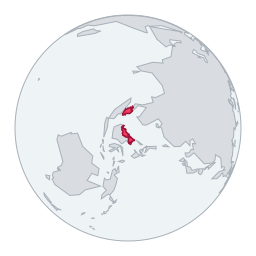 globe centered on Malaysia, rotated 90°
{"feature_id": "MYS", "entity_name": "Malaysia", "entity_type": "country or territory", "adm_level": 0, "iso_a3": "MYS", "parent_name": "Asia", "parent_adm1": "", "projection": "orthographic", "projection_center": [110.864, 4.107], "detail": "fine", "context": "on_globe", "style": "filled", "palette": "rose", "viewbox_px": 256, "rotation_deg": 90, "n_neighbors": 0, "source": "natural_earth", "source_scale": "50m", "svg_char_len": 11737}
<svg xmlns="http://www.w3.org/2000/svg" viewBox="0 0 256 256"><g transform="rotate(90 128 128)"><circle cx="128" cy="128" r="113" fill="#eef3f6" stroke="#a8b0b8"/><path d="M229.1,161.9L229.0,162.7L228.9,162.8L229.1,161.9ZM182.8,29.6L191.0,34.8L193.2,37.1L188.4,33.1L186.1,31.6L186.5,32.2L184.2,30.9L183.1,30.6L180.4,29.2L177.8,27.3L176.0,26.4L176.3,27.0L173.8,26.1L173.6,25.4L169.2,24.0L164.0,21.4L164.7,21.5L173.9,25.2L182.8,29.6ZM232.5,86.2L232.4,85.9L232.3,85.6L232.5,86.2ZM188.2,32.8L189.2,33.4L188.4,32.9L188.0,32.7L188.2,32.8ZM183.5,30.9L184.3,31.4L183.4,31.1L183.5,30.9ZM178.3,28.6L176.6,28.0L177.9,28.2L178.3,28.6ZM175.2,27.4L171.0,26.4L172.5,27.4L165.8,24.2L171.6,25.9L173.0,26.0L173.5,26.6L175.2,27.4ZM162.7,22.7L161.3,22.3L162.3,22.4L162.7,22.7ZM31.1,70.6L30.8,71.2L33.4,67.1L32.3,71.3L33.9,71.7L40.8,62.6L38.3,61.7L41.4,57.2L46.3,54.1L49.1,55.6L50.4,54.0L51.7,49.8L55.4,47.2L52.5,48.2L51.4,49.9L49.5,50.7L50.4,49.2L51.7,48.3L51.7,47.3L45.6,52.7L43.9,55.1L42.1,55.6L39.0,59.7L37.4,61.5L42.1,55.2L43.9,53.1L46.4,50.3L54.2,42.9L62.6,36.3L62.5,36.5L63.7,35.8L67.3,33.4L66.8,34.0L70.4,31.7L72.3,31.3L72.9,30.0L77.2,27.8L80.7,26.4L82.3,25.5L76.5,27.9L74.1,29.2L71.9,30.5L65.4,34.4L65.1,34.6L74.0,29.1L83.3,24.6L89.2,22.5L92.0,22.0L87.5,25.3L84.3,26.4L84.4,25.5L80.3,28.1L82.6,27.0L82.1,27.7L86.1,26.2L86.0,26.6L90.0,24.5L90.3,24.9L87.7,26.2L93.9,24.8L95.6,25.5L97.1,25.0L98.1,24.3L99.7,26.0L100.7,25.6L100.6,24.8L102.5,23.6L106.5,22.3L106.8,23.0L105.4,23.5L102.9,25.9L99.2,27.6L99.7,27.8L103.1,26.5L106.1,23.5L108.4,22.6L107.4,23.8L107.9,23.3L109.2,23.0L110.7,23.5L112.0,22.2L125.3,19.9L129.6,21.0L127.2,22.1L136.8,22.4L140.9,24.4L140.8,23.6L145.3,23.7L144.1,23.0L144.4,22.7L155.5,23.6L158.3,24.6L163.0,24.9L162.9,24.5L161.1,23.7L165.8,24.2L172.5,27.4L172.3,27.9L176.7,29.9L175.6,30.9L176.7,32.9L173.0,33.3L174.2,35.1L175.8,35.8L178.6,39.0L178.9,44.2L171.7,37.1L169.8,30.5L170.0,32.8L167.9,31.5L166.7,32.0L166.9,33.9L168.3,34.5L158.1,35.2L154.7,40.5L160.0,41.0L163.0,43.4L163.8,51.7L152.8,62.1L156.8,66.8L156.8,69.7L153.0,71.0L152.8,66.8L149.2,64.8L149.7,62.5L143.5,63.6L143.9,60.4L138.9,63.2L140.5,66.0L145.8,66.0L141.3,70.2L146.4,75.7L146.6,81.8L137.1,91.9L127.9,94.5L127.2,96.5L123.7,93.9L118.8,97.6L125.1,109.8L124.8,113.2L116.9,119.1L116.8,116.6L107.5,109.7L105.6,117.8L112.6,125.1L115.0,133.5L109.5,130.5L107.1,123.2L103.8,120.6L104.9,113.4L102.5,102.8L96.9,104.4L97.5,100.2L93.4,91.5L85.6,93.7L73.0,103.9L70.9,114.6L66.7,119.1L62.3,103.2L63.1,93.0L59.8,93.7L56.7,85.0L46.5,83.5L46.5,80.9L44.3,81.9L42.3,79.1L43.0,75.0L41.1,75.1L39.7,86.1L41.9,86.1L45.9,82.2L44.9,86.2L46.9,90.0L39.2,99.1L26.5,106.4L27.9,98.4L31.5,76.8L32.8,74.6L32.9,74.4L33.1,73.9L30.8,77.5L32.3,73.5L27.6,88.0L25.7,94.3L26.3,106.9L25.6,108.1L26.6,110.8L32.8,108.6L32.3,111.2L27.8,123.4L21.4,139.7L23.8,151.6L25.8,161.7L25.1,167.9L28.5,175.8L28.6,178.2L30.8,182.7L32.8,187.2L34.9,191.3L34.8,191.2L30.5,184.5L26.8,177.5L23.6,170.2L20.8,162.7L18.7,155.1L17.0,147.3L15.9,139.4L15.4,131.4L15.5,123.5L16.1,115.5L17.2,107.7L18.9,99.9L21.2,92.3L24.0,84.8L27.3,77.6L31.1,70.6ZM43.2,53.9L42.0,55.3L42.3,54.9L43.2,53.9ZM49.4,62.5L52.8,63.6L55.8,57.7L57.4,57.8L57.8,55.9L56.0,57.3L57.8,52.4L60.9,51.2L62.8,49.0L61.8,48.5L55.8,51.6L53.2,58.4L50.5,60.5L49.4,62.5ZM102.4,18.5L103.6,18.1L104.2,18.0L108.1,17.2L108.6,17.2L106.4,17.7L102.4,18.5ZM39.1,64.0L37.3,65.6L37.7,64.7L38.2,64.3L39.1,64.0ZM36.6,62.8L36.1,64.2L36.1,63.4L36.6,62.8ZM103.5,18.4L105.1,18.0L104.4,18.3L103.5,18.4ZM109.1,17.3L108.7,17.5L109.1,17.2L109.1,17.3ZM78.2,216.3L80.6,217.7L79.2,217.6L78.2,216.3ZM33.5,161.4L36.4,178.6L34.1,178.3L31.5,173.0L28.9,162.5L30.7,159.8L31.0,155.2L33.5,161.4ZM143.7,154.5L147.1,155.3L147.0,155.8L143.7,154.5ZM140.1,152.5L144.0,152.9L139.4,153.6L140.1,152.5ZM145.5,153.1L149.5,152.4L151.3,151.6L150.9,152.7L145.5,153.1ZM137.4,152.3L123.0,151.2L117.3,149.4L118.6,147.5L127.8,148.7L137.4,152.3ZM118.1,147.4L109.5,141.4L97.9,125.0L102.0,125.5L114.2,135.8L113.4,137.4L118.7,142.0L118.1,147.4ZM139.2,138.9L138.3,143.9L130.4,142.9L126.7,141.8L124.2,135.2L125.6,132.1L128.6,132.4L140.2,122.4L144.2,125.4L140.6,129.7L143.9,134.2L139.2,138.9ZM71.3,115.7L73.4,122.3L71.1,123.2L71.3,115.7ZM145.0,115.3L140.2,119.6L144.6,113.7L145.0,115.3ZM147.6,109.6L147.9,112.0L146.0,109.6L147.6,109.6ZM127.0,99.7L123.9,100.0L123.9,98.3L127.9,97.0L127.0,99.7ZM146.8,87.2L146.6,91.8L145.9,93.3L144.6,90.4L146.8,87.2ZM109.8,20.3L103.9,21.2L99.9,22.3L98.2,23.5L98.1,22.4L104.2,20.6L109.8,20.3ZM123.3,19.8L124.8,19.1L125.9,19.4L125.7,19.6L123.3,19.8ZM123.0,19.3L121.6,18.5L123.6,18.1L124.3,18.8L123.0,19.3ZM112.3,17.8L110.5,18.0L111.2,17.7L112.3,17.8ZM202.6,204.6L203.1,205.5L199.9,208.5L195.7,211.5L192.5,212.3L202.6,204.6ZM175.0,210.2L175.6,206.3L179.8,206.4L177.5,209.6L175.0,210.2ZM205.4,202.3L208.3,199.0L210.1,194.7L209.0,198.7L210.4,199.1L203.8,205.3L205.4,202.3ZM161.6,193.1L139.5,199.1L134.8,197.8L136.2,194.7L132.4,184.7L133.9,185.0L133.2,178.4L146.4,173.3L155.9,163.2L163.0,164.4L168.5,157.0L175.7,158.2L173.4,164.2L180.6,168.9L186.1,155.5L189.9,170.7L194.7,176.5L195.4,186.2L184.5,201.2L178.8,203.9L177.9,202.3L175.5,203.7L172.1,202.7L170.7,197.4L168.3,198.8L170.9,195.1L167.2,198.3L165.7,194.8L161.6,193.1ZM212.7,171.2L213.5,171.7L214.7,174.5L213.3,173.8L212.7,171.2ZM226.8,164.6L227.0,165.9L226.2,166.1L226.8,164.6ZM228.9,162.8L227.9,163.1L229.1,161.9L228.9,162.8ZM218.2,163.1L218.6,164.1L218.2,164.3L218.2,163.1ZM217.8,162.7L218.5,161.3L218.3,162.8L217.8,162.7ZM213.8,154.1L214.4,153.4L214.6,154.0L213.8,154.1ZM152.2,155.7L157.0,152.2L159.6,152.1L152.2,155.7ZM213.0,152.4L211.5,152.1L211.7,151.3L213.0,152.4ZM213.1,150.5L213.0,149.4L213.9,152.1L213.1,150.5ZM210.4,147.7L212.1,149.9L210.1,147.9L210.4,147.7ZM209.3,147.9L208.0,146.8L208.1,146.5L209.3,147.9ZM193.9,147.6L198.9,154.7L194.8,154.1L190.2,149.6L186.5,153.0L178.2,151.6L180.1,149.4L179.0,145.7L170.3,143.5L168.5,141.0L171.7,139.8L165.9,137.4L172.2,136.9L174.8,141.9L178.4,138.6L184.5,140.1L190.4,142.3L195.1,146.3L193.9,147.6ZM172.2,147.4L173.3,147.5L172.3,148.8L172.2,147.4ZM205.4,143.9L207.3,146.4L207.1,147.0L206.2,146.5L205.4,143.9ZM196.2,145.6L201.2,142.3L202.4,142.5L199.0,146.6L196.2,145.6ZM200.0,139.6L202.3,140.4L203.5,142.8L203.1,143.3L200.0,139.6ZM159.3,141.9L159.0,143.2L157.3,142.0L159.3,141.9ZM161.4,141.3L166.4,143.1L160.9,142.3L161.4,141.3ZM146.2,135.5L147.7,138.7L152.3,137.1L148.8,139.7L151.9,145.0L150.9,146.9L147.7,141.1L146.6,146.7L144.6,146.5L143.5,141.5L145.5,135.7L147.6,133.4L156.0,133.0L146.2,135.5ZM161.4,137.5L160.1,133.7L161.0,131.4L162.5,133.5L161.4,137.5ZM156.1,124.8L152.6,120.5L149.4,121.8L155.9,116.6L158.2,121.6L156.1,124.8ZM153.2,115.7L150.2,116.8L153.3,113.8L153.2,115.7ZM149.4,115.4L149.1,112.6L151.4,113.2L149.4,115.4ZM154.7,115.9L155.3,111.2L156.5,114.1L154.7,115.9ZM148.1,106.3L153.1,111.3L146.5,108.8L146.3,99.9L149.1,99.9L148.1,106.3ZM163.7,73.6L163.0,71.3L165.6,71.0L165.3,72.7L163.7,73.6ZM173.2,69.1L166.0,70.3L160.2,71.6L162.0,72.9L160.7,76.6L157.9,72.7L162.0,69.0L166.5,68.7L167.1,65.7L170.3,64.1L169.5,60.3L170.9,58.9L173.0,62.4L173.2,69.1ZM169.0,58.7L168.7,52.6L173.5,54.2L174.7,55.8L172.8,57.9L170.3,56.9L169.0,58.7ZM170.1,51.7L167.8,50.8L162.5,42.1L162.6,40.7L169.1,47.6L167.3,47.3L167.7,49.3L170.1,51.7ZM161.8,22.7L161.4,22.4L162.6,22.8L161.8,22.7ZM143.6,22.4L144.2,22.0L145.6,22.4L143.6,22.4ZM146.6,21.3L144.6,21.1L146.6,21.0L146.6,21.3ZM140.3,20.8L143.8,20.9L140.6,21.2L140.3,20.8Z" fill="#d9dde1" stroke="#a8b0b8" stroke-width="1"/><path d="M141.1,127.8L140.9,127.8L140.5,127.6L140.2,127.5L139.7,127.5L139.4,127.5L139.2,127.5L139.1,127.4L138.9,127.6L138.7,127.5L138.3,127.5L138.1,127.6L137.9,127.5L137.7,127.5L137.4,127.8L137.3,128.0L137.2,128.3L137.2,128.7L137.2,128.9L137.2,129.2L137.2,129.3L137.1,129.5L137.1,129.8L137.0,130.1L136.9,130.1L136.7,130.2L136.3,130.4L136.3,130.5L136.3,130.9L136.5,131.0L136.4,131.1L136.1,131.4L135.8,131.6L135.7,131.6L135.6,131.8L135.7,132.0L135.8,132.1L135.7,132.3L135.5,132.5L135.4,132.9L135.3,133.1L135.2,133.2L134.9,133.1L134.7,133.2L134.4,133.2L134.2,133.2L133.8,133.3L133.7,133.5L133.4,133.6L133.2,133.5L132.9,133.5L132.3,133.3L132.2,133.2L131.2,133.0L130.9,133.1L130.7,133.2L130.6,133.4L130.5,133.6L130.4,133.8L130.1,133.9L129.9,134.1L129.6,134.1L129.3,134.1L129.2,134.1L128.8,134.0L128.5,134.0L128.1,134.1L127.5,134.3L127.3,134.4L127.2,134.3L127.1,134.2L126.9,134.1L126.5,133.7L126.4,133.6L126.2,133.4L125.9,133.2L125.6,132.9L125.6,132.6L125.4,132.4L125.6,132.1L125.7,132.4L125.8,132.4L126.0,132.6L126.3,132.7L126.5,132.7L126.8,132.7L127.0,132.7L127.6,133.0L127.8,133.1L128.1,133.1L128.5,133.3L128.4,133.1L128.4,132.9L128.5,132.8L128.6,132.7L128.6,132.3L128.7,132.2L128.8,132.0L128.8,131.9L128.7,131.8L128.7,131.6L128.7,131.4L129.0,131.4L129.1,131.2L129.1,130.9L129.3,130.7L129.5,130.5L130.5,130.3L131.7,130.0L132.0,129.9L132.3,129.8L132.5,129.5L132.8,129.1L133.1,128.7L133.6,128.2L134.0,127.7L134.1,127.4L134.1,127.2L134.3,127.0L134.5,127.2L134.6,127.3L134.7,127.5L134.8,127.7L135.0,127.7L135.0,127.8L135.1,128.0L135.3,128.1L135.6,128.0L135.7,127.9L135.7,127.7L135.8,127.5L135.8,127.4L135.7,127.3L135.6,126.9L135.7,126.7L135.8,126.6L136.0,126.5L136.1,126.4L136.1,126.8L136.2,127.0L136.3,127.4L136.4,127.5L136.6,127.5L136.7,127.4L136.6,126.9L136.5,126.7L136.4,126.5L136.4,126.4L136.8,126.4L137.1,126.1L137.2,125.8L137.0,125.7L136.9,125.6L136.9,125.4L137.2,125.1L137.3,125.0L137.5,125.2L137.8,125.0L137.9,124.8L138.1,124.5L138.2,124.2L138.3,124.0L139.0,123.2L139.5,122.3L139.7,122.6L139.6,122.9L139.5,123.0L139.8,122.9L140.0,122.7L140.1,122.4L140.4,122.4L140.4,122.6L140.5,122.7L140.5,122.9L140.7,123.0L140.9,123.1L141.1,123.2L141.2,123.3L141.3,123.4L141.3,123.5L141.2,123.8L141.2,124.1L141.2,124.3L141.0,124.5L141.6,124.3L141.9,124.1L142.0,124.2L142.1,124.5L141.8,124.6L141.9,124.8L142.0,124.8L142.2,124.7L142.4,124.6L142.5,124.6L142.8,124.7L143.0,124.8L143.1,125.0L143.3,125.1L143.8,125.3L144.0,125.3L144.3,125.3L144.4,125.6L144.4,125.8L144.1,126.0L143.7,126.1L143.2,126.2L142.7,126.1L142.4,126.2L142.3,126.5L142.6,126.8L143.0,127.2L143.1,127.3L142.9,127.4L142.7,127.5L142.4,127.5L142.2,127.6L141.8,127.6L141.4,127.5L141.2,127.8L141.1,127.8ZM107.1,123.3L107.2,123.2L107.2,122.9L107.3,122.8L107.6,123.1L108.0,123.2L108.1,123.3L108.3,123.2L108.4,123.3L108.5,123.5L108.8,123.7L109.0,123.8L109.0,124.1L108.8,124.5L109.0,124.8L109.2,124.7L109.3,124.6L109.6,124.5L109.9,124.4L110.0,124.4L110.1,124.6L110.3,124.6L110.5,124.5L110.6,124.4L110.6,124.2L110.8,124.0L110.9,123.8L110.9,123.7L111.3,123.8L111.8,124.5L112.3,124.9L112.5,125.1L112.8,125.4L113.0,125.7L113.5,126.5L113.5,126.8L113.5,127.4L113.4,128.2L113.3,128.6L113.3,128.8L113.5,129.1L113.5,129.4L113.5,129.6L113.5,130.2L113.6,130.4L113.7,130.6L114.2,130.9L114.2,131.1L114.5,131.6L115.0,132.6L115.1,133.1L115.0,133.3L114.9,133.3L114.8,133.2L114.7,133.2L114.6,132.9L114.5,133.0L114.4,133.2L114.2,133.1L113.9,133.2L113.7,133.4L113.4,133.2L112.4,132.5L112.1,132.3L111.7,132.0L110.9,131.6L110.4,131.2L110.2,130.9L109.7,130.7L109.5,130.4L109.4,130.4L109.4,130.0L109.4,129.8L109.3,129.6L109.0,129.1L108.8,128.8L108.5,128.5L108.3,128.4L108.2,128.2L108.3,128.1L108.3,127.9L108.1,127.6L108.0,127.3L108.0,126.8L107.8,126.0L107.5,125.0L107.6,124.6L107.5,124.2L107.4,123.8L107.2,123.5L107.1,123.3ZM140.2,121.9L140.1,122.0L140.1,121.9L140.2,121.6L140.5,121.6L140.5,121.8L140.4,121.9L140.2,121.9ZM106.6,123.2L106.7,123.4L106.7,123.5L106.4,123.6L106.2,123.4L106.3,123.3L106.6,123.3L106.6,123.2ZM129.0,131.3L128.9,131.3L128.9,130.7L129.0,130.6L129.0,131.0L129.0,131.3ZM107.4,125.5L107.2,125.5L107.3,125.2L107.5,125.2L107.5,125.3L107.4,125.5ZM141.7,127.8L141.3,127.8L141.3,127.7L141.5,127.7L141.7,127.8ZM115.0,130.6L114.9,130.7L114.9,130.4L115.0,130.6L115.0,130.6ZM109.3,130.1L109.2,130.1L109.3,130.0L109.3,129.9L109.4,130.0L109.3,130.1Z" fill="#f43f5e" stroke="#9f1239" stroke-width="1.5"/></g></svg>